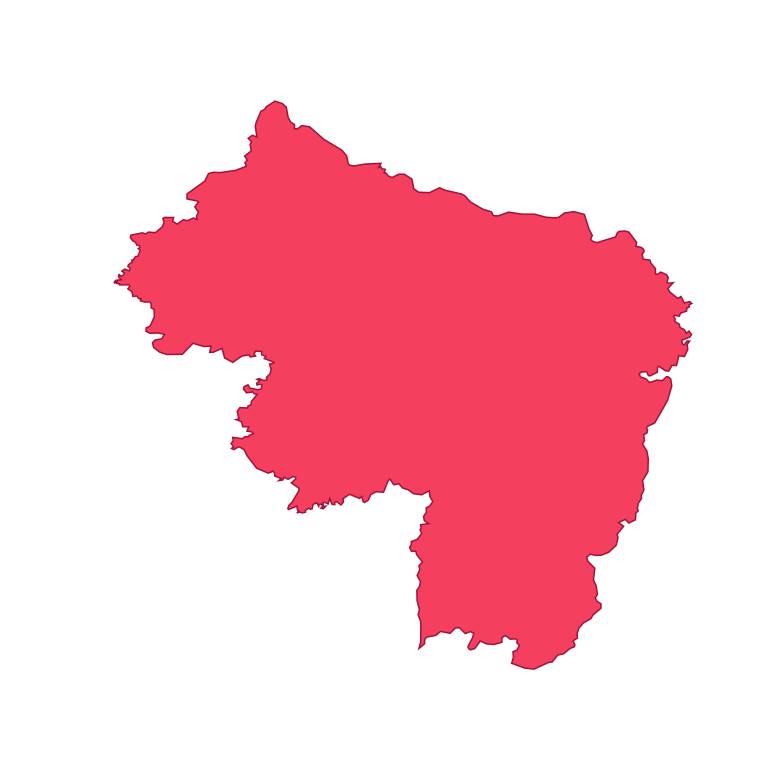 outline of Betafo, Vakinankaratra, Madagascar, rotated 284°
{"feature_id": "10022922B74688195218658", "entity_name": "Betafo", "entity_type": "district", "adm_level": 2, "iso_a3": "MDG", "parent_name": "Madagascar", "parent_adm1": "Vakinankaratra", "projection": "robinson", "projection_center": [46.435, -19.892], "detail": "fine", "context": "isolated", "style": "filled", "palette": "rose", "viewbox_px": 768, "rotation_deg": 284, "n_neighbors": 0, "source": "geoboundaries", "source_scale": "gbopen_adm2", "svg_char_len": 6168}
<svg xmlns="http://www.w3.org/2000/svg" viewBox="0 0 768 768"><g transform="rotate(284 384 384)"><path d="M624.3,202.5L621.6,201.8L618.8,198.6L607.2,196.7L603.1,196.7L593.0,200.9L593.4,195.9L589.4,192.8L587.0,196.9L584.0,196.1L578.1,198.8L571.5,193.6L568.1,197.1L565.0,195.5L562.0,197.8L555.3,188.2L549.5,173.8L548.1,167.1L545.7,162.8L537.4,161.0L520.8,146.9L515.9,148.1L516.4,158.4L515.6,160.0L510.2,157.5L505.7,162.5L501.5,161.4L498.4,162.7L499.0,158.9L495.0,153.9L494.9,149.6L489.1,144.6L490.8,139.5L494.7,139.6L492.5,130.7L491.1,129.4L487.2,131.6L482.6,130.7L475.5,125.5L474.5,118.9L472.0,116.4L472.2,112.9L467.2,102.4L464.8,102.4L462.2,105.4L461.4,108.6L459.0,110.5L459.1,113.1L457.2,114.1L455.9,112.8L455.1,115.0L448.5,114.4L447.5,112.0L443.9,110.8L443.1,109.2L441.5,110.3L437.9,107.2L436.2,107.0L435.1,109.8L432.2,109.3L432.7,104.6L430.2,102.3L428.7,105.4L426.0,104.4L425.2,102.6L426.1,100.4L424.0,100.3L421.6,103.8L419.6,98.5L417.3,97.6L416.9,98.3L419.7,100.3L416.9,100.1L417.2,102.9L416.1,103.4L418.5,112.2L417.6,113.8L414.3,112.4L412.7,116.9L408.2,119.2L409.6,122.9L407.4,125.5L408.0,127.7L405.8,127.4L405.6,132.3L407.1,136.8L405.6,138.6L401.4,139.8L400.9,142.7L393.7,144.9L383.7,143.1L380.9,139.7L377.6,140.3L376.6,144.3L378.9,152.8L379.0,158.9L374.1,157.4L371.2,151.1L367.9,149.4L363.8,151.6L360.6,158.7L360.1,166.1L364.0,181.1L377.3,188.8L376.8,200.3L379.0,207.0L372.5,207.2L373.6,210.8L379.3,218.2L370.7,223.1L368.4,232.0L376.7,239.3L379.6,245.7L377.9,247.7L380.0,252.6L382.0,250.6L384.8,251.5L385.9,257.4L382.8,258.1L382.2,262.7L379.7,261.7L378.5,272.0L377.4,271.9L375.7,268.1L370.7,271.0L366.2,270.9L362.1,268.4L359.6,269.3L358.3,266.6L359.0,261.5L357.8,259.6L357.2,262.6L353.8,260.2L352.3,261.0L353.8,263.8L353.3,266.0L349.3,265.9L347.9,262.6L347.6,254.9L350.3,252.2L347.6,248.9L345.1,248.8L342.2,252.7L344.5,258.6L343.2,260.3L343.3,263.5L334.9,259.5L331.8,260.1L329.7,257.3L327.7,257.5L326.3,249.9L321.9,248.2L315.0,251.6L313.7,249.0L312.9,254.9L308.4,257.2L309.7,263.1L305.1,262.4L305.5,267.1L304.2,269.3L301.6,265.6L300.1,265.3L299.3,261.8L296.7,259.9L295.6,250.1L292.5,251.5L289.3,250.0L286.5,253.3L284.6,251.6L284.0,254.2L288.1,258.4L286.4,264.3L281.4,268.3L271.5,280.7L269.5,293.3L272.5,297.5L271.0,299.6L268.3,300.2L267.4,307.1L264.8,305.3L266.3,309.0L269.2,309.4L268.4,314.1L272.2,318.1L272.1,320.8L270.5,321.3L265.6,318.0L262.5,326.3L260.4,327.4L247.0,323.4L243.5,321.2L239.8,320.8L239.1,321.8L244.4,329.0L240.8,330.5L240.3,331.9L237.7,330.7L239.3,332.8L239.1,335.7L240.6,338.9L242.2,338.3L245.3,340.9L244.6,342.9L245.6,344.5L250.0,344.3L252.5,347.6L249.5,350.3L251.5,350.2L252.3,352.5L250.4,354.0L248.2,352.9L248.3,355.3L251.4,357.1L250.5,354.5L254.2,353.7L254.9,355.1L254.1,358.8L259.7,359.1L254.6,362.7L255.1,365.5L257.2,364.8L258.4,366.5L256.2,371.5L259.6,373.2L262.8,372.0L268.6,377.2L267.1,388.0L269.5,389.7L264.8,392.2L264.3,393.7L267.6,396.9L273.6,397.9L277.5,402.4L278.9,409.7L291.3,411.5L293.1,412.9L288.6,417.9L290.8,422.5L287.6,427.2L287.2,433.2L284.7,438.9L285.6,447.3L291.4,453.7L285.9,455.8L281.7,459.8L276.2,457.6L274.1,454.9L269.7,456.2L265.1,454.4L261.0,456.3L259.4,461.2L256.3,453.5L253.2,454.9L251.4,454.3L247.8,456.7L241.1,453.7L237.7,448.5L234.9,449.5L231.8,448.3L228.4,450.9L229.4,455.4L226.4,456.9L220.7,464.3L216.1,461.9L212.4,463.6L206.1,462.5L201.2,467.1L196.4,467.5L191.7,465.8L181.6,468.6L173.6,473.0L168.5,472.9L162.1,477.3L142.7,482.0L135.9,481.9L141.7,486.2L146.1,485.3L148.7,486.6L152.6,495.1L157.6,498.7L158.1,508.5L164.3,512.1L165.9,516.0L161.5,523.2L164.6,527.7L164.1,531.2L159.8,531.4L149.6,529.0L147.7,530.1L147.0,532.4L149.3,536.1L158.0,539.6L156.6,546.1L157.9,553.6L161.9,560.9L166.0,559.9L168.7,561.6L168.9,563.8L166.9,568.2L168.6,573.4L167.6,575.3L165.0,575.5L163.0,578.7L157.8,577.2L155.4,573.9L150.0,575.7L143.9,575.4L142.4,589.0L143.6,598.4L153.4,610.7L155.1,614.5L163.0,618.2L165.6,623.4L172.5,628.6L175.0,632.2L176.9,632.4L180.6,629.7L184.2,633.1L188.8,631.7L194.3,632.2L200.3,635.2L206.4,641.5L210.2,642.5L218.8,648.7L223.1,647.8L224.7,643.3L227.4,640.7L231.5,642.0L239.3,638.8L244.6,634.6L256.2,633.1L261.2,624.9L264.8,622.5L268.7,625.2L268.9,630.9L270.6,636.5L275.3,642.9L283.7,648.3L291.6,648.2L294.6,646.5L303.9,650.9L306.4,645.1L311.0,650.9L308.3,655.2L313.0,660.8L319.8,659.6L322.4,661.4L324.7,659.9L329.9,659.7L335.5,661.6L337.8,660.5L344.1,661.8L352.8,658.3L362.7,661.3L375.4,658.5L382.5,655.3L388.3,649.4L392.2,650.4L397.7,648.2L400.1,651.0L403.3,650.8L405.1,649.1L406.7,650.0L411.7,656.1L436.7,663.1L451.8,663.7L458.2,661.0L459.7,658.0L459.5,656.4L454.6,653.3L453.9,648.0L449.7,641.3L452.4,636.9L452.9,631.0L455.5,629.2L457.6,630.5L459.3,634.7L459.1,636.2L456.1,638.5L456.3,640.3L461.5,646.3L466.4,645.4L467.7,646.3L464.9,653.8L465.4,657.2L471.7,658.9L472.7,663.3L482.8,663.2L483.3,668.9L491.0,670.4L495.8,668.6L499.5,670.2L499.0,667.5L494.7,665.9L495.1,663.8L498.4,662.3L503.7,669.5L506.5,670.4L509.1,667.2L506.4,665.0L509.4,662.3L510.4,657.6L513.3,656.2L515.0,651.2L517.8,650.7L519.7,648.6L521.0,649.1L521.2,654.0L524.5,654.7L528.0,660.0L530.8,659.4L532.7,661.7L534.7,660.9L536.6,663.2L537.9,660.6L535.3,655.7L540.8,651.0L538.1,648.3L542.6,638.7L545.3,636.4L552.3,640.1L550.7,636.0L551.0,634.0L556.0,634.1L558.4,631.8L559.5,625.4L556.6,623.0L556.5,620.9L561.7,619.4L566.0,613.6L568.6,612.0L567.8,605.3L572.4,603.1L575.4,604.3L577.4,603.4L578.8,600.5L578.5,595.1L582.6,594.8L590.7,584.7L590.7,580.4L588.9,575.3L587.6,573.9L582.7,573.1L572.6,556.3L573.0,551.5L574.4,549.4L578.5,550.2L583.5,545.7L597.0,537.4L597.2,526.8L593.6,517.7L588.1,513.3L586.5,509.5L585.0,500.6L585.2,488.8L582.1,476.4L580.9,463.3L574.8,454.3L574.0,450.8L574.1,449.0L577.0,446.7L577.6,437.4L581.4,424.2L586.3,416.6L587.1,413.2L586.8,396.1L587.9,390.6L580.6,381.7L578.5,371.2L580.6,365.7L589.6,361.5L592.5,352.8L591.0,347.4L586.3,341.9L586.9,337.8L589.3,334.6L588.9,333.0L592.6,333.3L592.3,330.0L594.3,328.2L593.0,326.4L597.4,327.7L592.8,312.3L588.2,301.9L588.1,298.1L588.8,296.1L596.3,292.6L600.7,286.5L606.9,266.3L615.6,249.5L614.8,241.7L610.6,238.3L610.0,235.4L614.0,234.5L615.6,230.0L619.5,226.5L629.0,222.2L631.5,217.5L632.1,209.8L624.3,202.5Z" fill="#f43f5e" stroke="#9f1239" stroke-width="1.5"/></g></svg>